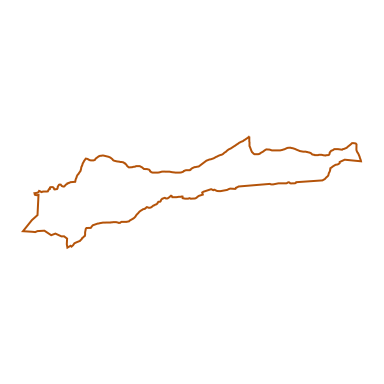 outline of Montes de Oca, San José, Costa Rica
{"feature_id": "36466004B49166054866519", "entity_name": "Montes de Oca", "entity_type": "district", "adm_level": 2, "iso_a3": "CRI", "parent_name": "Costa Rica", "parent_adm1": "San José", "projection": "albers", "projection_center": [-84.009, 9.94], "detail": "fine", "context": "isolated", "style": "outline", "palette": "amber", "viewbox_px": 384, "rotation_deg": 0, "n_neighbors": 0, "source": "geoboundaries", "source_scale": "gbopen_adm2", "svg_char_len": 5854}
<svg xmlns="http://www.w3.org/2000/svg" viewBox="0 0 384 384"><path d="M34.5,193.2L34.8,194.6L35.1,194.9L36.8,195.2L38.5,194.9L37.5,215.1L31.9,220.1L23.0,231.2L32.5,231.8L35.2,232.1L37.5,231.1L44.4,230.7L51.2,235.2L55.4,233.6L61.5,236.4L64.0,236.3L67.1,238.6L66.8,244.2L67.4,247.6L70.6,245.8L71.5,246.6L73.1,245.2L74.4,243.3L76.5,242.3L80.0,240.9L80.3,240.4L81.4,239.4L82.0,238.6L82.0,238.3L83.4,237.2L83.8,236.6L84.8,236.0L85.1,234.8L85.1,232.6L85.3,231.2L85.5,230.5L85.7,229.1L86.1,228.4L86.5,228.0L90.7,227.9L91.0,227.7L91.5,226.8L92.6,225.5L93.3,225.0L93.6,225.0L97.9,223.5L98.7,223.5L99.7,223.2L103.0,222.6L110.8,222.5L111.0,222.3L112.4,222.3L113.2,222.1L116.0,222.1L118.1,222.6L118.5,222.9L119.9,222.9L120.0,222.7L121.4,221.9L126.4,221.9L126.5,221.8L127.9,221.6L128.1,221.5L129.1,221.3L129.8,220.5L132.5,219.0L132.9,218.7L133.1,218.7L134.4,217.7L134.9,217.1L135.3,216.8L135.5,216.4L135.7,216.2L136.0,215.5L137.3,214.0L138.2,213.2L138.3,213.0L139.5,211.6L141.2,210.4L142.1,209.9L143.1,209.2L144.7,208.9L145.2,208.6L145.4,208.2L145.9,208.0L146.6,207.2L146.9,207.1L148.9,207.8L150.0,207.7L150.8,207.5L151.9,206.8L153.3,205.6L153.8,205.4L154.1,205.4L154.6,205.0L154.9,204.9L155.6,204.5L156.3,204.4L157.5,203.4L157.7,202.6L158.4,201.8L160.1,201.7L160.3,201.6L160.7,201.1L160.9,200.4L161.4,199.5L161.7,199.2L162.4,198.8L162.5,198.6L162.8,198.6L164.4,197.9L165.0,197.9L166.0,198.5L167.6,198.4L169.2,197.3L171.0,195.7L171.6,195.9L172.3,197.2L176.3,197.2L177.8,197.0L178.6,196.8L180.5,196.8L181.6,196.5L182.5,196.5L182.6,197.0L182.6,198.1L183.0,198.3L183.9,198.4L185.2,198.7L188.1,198.7L189.3,198.2L189.8,198.2L190.2,198.5L190.6,198.7L192.6,198.6L194.7,198.5L195.5,198.3L196.6,197.7L197.7,196.6L198.2,196.4L198.8,195.9L202.8,194.6L202.2,192.5L203.5,191.7L211.1,189.2L211.5,189.3L212.6,189.9L213.3,190.2L214.2,189.7L214.7,189.8L215.5,190.3L217.2,191.0L218.5,191.1L220.7,191.1L227.2,189.9L228.7,189.1L230.2,188.6L235.2,188.9L235.5,188.8L235.8,188.4L235.9,187.8L236.3,187.6L236.7,187.4L237.3,187.3L238.5,186.5L269.8,183.9L271.1,184.4L273.1,184.4L278.6,183.3L286.3,183.3L286.8,183.2L287.7,182.6L288.3,182.3L289.2,182.4L290.3,183.3L290.8,183.4L294.5,183.3L295.6,183.1L296.2,182.2L322.4,180.4L324.9,179.0L326.2,177.5L327.5,176.4L328.1,175.7L328.4,175.1L328.7,173.7L329.0,172.8L329.6,171.8L330.1,170.4L330.1,169.7L330.3,169.4L330.3,168.3L331.8,167.3L332.0,167.1L332.9,166.4L335.2,165.0L335.9,164.7L336.6,164.7L337.3,164.5L338.4,164.1L339.6,163.2L339.7,162.0L344.7,159.7L361.0,161.3L360.8,160.3L359.9,157.9L359.5,156.4L358.9,155.2L358.8,154.7L357.8,152.8L357.5,152.6L356.8,151.1L356.5,150.3L356.4,149.4L356.5,144.4L355.9,143.6L355.4,143.4L353.3,143.1L352.1,143.1L350.5,144.6L347.7,146.8L346.7,147.8L346.0,148.1L345.7,148.2L344.1,148.9L342.7,149.2L342.1,149.7L337.7,149.1L334.3,149.1L333.3,149.9L332.3,150.4L331.3,150.7L330.8,151.2L330.5,151.7L330.1,152.0L329.6,152.9L329.6,153.8L329.0,154.8L328.3,155.1L326.3,155.2L325.8,155.3L325.6,155.5L323.7,155.3L321.5,154.8L319.0,154.8L318.2,155.1L314.8,155.1L314.6,154.9L314.0,154.9L313.5,154.7L312.4,154.5L312.0,154.3L311.5,153.7L310.9,153.2L310.4,152.9L310.2,152.9L308.9,152.4L308.3,152.4L307.3,152.0L306.7,152.0L305.9,151.7L303.4,151.7L299.6,151.0L298.9,150.6L296.8,149.8L295.1,149.0L292.7,148.2L291.3,148.0L290.5,147.7L288.0,147.8L286.9,148.1L284.4,149.3L283.3,149.5L282.8,149.8L280.1,150.4L271.9,150.4L269.6,149.6L266.3,149.4L264.6,150.4L263.1,151.6L260.4,153.1L259.7,153.8L258.2,154.2L254.5,154.2L253.6,153.7L252.8,152.8L252.0,152.1L251.3,150.6L249.9,146.8L249.5,146.1L249.5,142.2L249.3,141.6L249.3,136.5L249.5,136.4L247.9,137.7L244.7,139.9L243.9,140.3L243.3,140.9L242.3,141.4L241.5,141.6L239.0,142.9L237.9,143.8L236.5,144.6L236.4,144.8L235.4,145.4L235.0,145.8L234.5,146.0L230.7,148.5L228.7,149.4L227.1,150.6L225.9,151.8L224.4,152.7L223.0,154.0L222.3,154.4L221.5,154.8L220.7,154.9L218.4,155.8L217.2,156.5L216.1,156.9L213.7,158.3L210.8,159.3L209.4,159.5L207.2,160.4L206.5,160.6L198.7,166.5L197.3,166.7L195.4,167.1L194.6,167.1L192.2,168.2L190.5,169.5L190.5,169.8L189.8,170.2L186.1,170.2L185.0,170.5L184.5,170.8L183.8,171.0L183.7,171.3L183.0,171.8L182.5,172.0L180.9,172.5L180.1,172.5L179.5,172.6L175.3,172.6L174.9,172.5L172.1,172.2L169.6,171.7L165.7,171.7L164.8,171.6L162.8,171.6L161.7,171.7L159.3,172.4L157.9,172.6L152.6,172.6L151.3,172.2L150.9,171.8L150.2,171.4L150.1,170.9L149.9,170.8L149.7,170.3L149.2,169.7L147.1,169.1L144.0,169.0L141.7,167.1L140.7,166.7L140.3,166.4L139.5,166.1L136.4,166.1L135.9,166.2L135.5,166.5L134.1,166.8L133.3,166.8L132.3,167.2L128.9,167.4L128.2,166.9L127.0,165.8L126.9,165.6L126.2,164.5L125.6,164.0L125.2,163.5L124.9,163.5L124.6,163.1L124.3,163.1L123.5,162.4L121.6,162.0L120.4,162.0L119.4,161.7L116.9,161.4L114.1,160.7L113.1,160.2L112.4,159.2L110.4,157.6L108.6,156.8L103.2,155.5L102.3,155.5L101.2,155.8L100.1,155.8L98.8,156.3L98.7,156.5L98.2,156.7L97.1,157.6L96.4,158.0L95.4,159.0L94.9,159.9L93.5,160.4L91.5,160.4L90.1,160.3L89.4,159.9L88.9,159.8L87.7,159.0L86.9,158.8L85.8,158.6L84.0,161.1L83.6,162.0L82.7,163.5L82.3,165.1L82.0,165.6L81.9,166.1L81.6,166.5L81.3,167.3L81.0,169.2L80.8,170.0L80.6,170.2L80.5,171.0L79.0,173.0L78.8,173.5L78.3,174.2L77.8,174.5L76.8,176.3L76.5,177.6L76.0,178.5L75.5,180.1L75.3,181.5L75.2,181.8L70.4,182.2L69.2,182.9L68.6,182.9L67.9,183.3L67.6,183.3L67.6,183.6L65.9,184.6L64.7,186.0L63.9,186.6L62.8,186.4L61.8,186.0L60.7,184.6L59.3,184.6L58.9,184.9L57.8,186.6L57.8,186.8L57.7,187.0L57.7,187.8L57.4,188.3L57.4,188.6L57.1,189.0L56.9,189.1L56.0,189.1L55.2,189.4L54.4,189.4L54.2,189.2L53.9,188.2L53.3,187.5L52.7,187.1L50.8,187.1L50.5,187.3L50.2,187.3L49.9,187.6L49.9,189.0L49.7,189.1L49.2,189.1L48.9,189.2L48.8,189.6L48.2,190.4L48.2,190.7L47.8,191.4L47.0,191.5L43.1,191.5L42.9,191.7L42.1,191.8L41.7,192.1L40.4,191.6L40.3,191.4L39.9,191.2L39.1,190.9L38.4,192.1L37.7,192.6L36.8,192.9L36.2,192.9L35.1,193.2L34.5,193.2Z" fill="none" stroke="#b45309" stroke-width="2"/></svg>